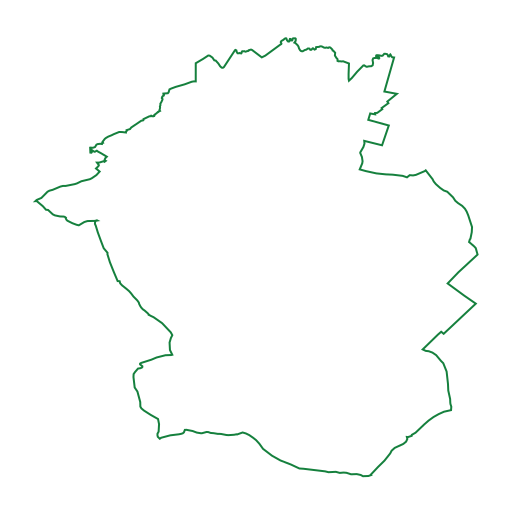 Marghita, Bihor, Romania (Natural Earth projection), rotated 181°
{"feature_id": "2599482B95989289587236", "entity_name": "Marghita", "entity_type": "district", "adm_level": 2, "iso_a3": "ROU", "parent_name": "Romania", "parent_adm1": "Bihor", "projection": "natural_earth1", "projection_center": [22.362, 47.382], "detail": "fine", "context": "isolated", "style": "outline", "palette": "green", "viewbox_px": 512, "rotation_deg": 181, "n_neighbors": 0, "source": "geoboundaries", "source_scale": "gbopen_adm2", "svg_char_len": 6039}
<svg xmlns="http://www.w3.org/2000/svg" viewBox="0 0 512 512"><g transform="rotate(181 256 256)"><path d="M264.6,462.3L266.9,461.6L267.0,461.1L267.5,460.8L268.5,460.7L269.9,460.1L270.5,460.2L271.3,460.6L272.3,460.4L273.3,460.5L273.9,459.6L273.9,458.9L274.3,458.3L275.1,458.4L276.0,458.7L276.5,458.4L278.0,458.4L278.9,459.8L279.2,461.2L280.1,461.7L280.6,461.4L291.4,444.3L292.2,443.7L293.2,443.6L293.8,443.9L295.1,445.0L297.0,447.8L299.7,450.7L301.1,450.9L303.0,453.6L305.6,455.4L306.4,455.6L307.3,455.6L312.4,452.1L319.6,447.7L319.3,429.5L321.3,429.5L323.3,429.1L330.3,426.4L339.2,423.7L343.8,421.9L345.4,421.1L346.3,418.0L347.0,417.2L351.5,416.8L351.5,416.4L350.8,415.9L350.9,415.2L351.0,414.8L351.8,414.4L352.5,413.7L352.5,413.0L352.9,412.5L352.9,412.1L352.4,411.7L352.2,411.2L352.3,410.6L353.4,408.1L354.3,406.6L354.2,405.1L354.7,403.9L354.5,403.0L354.7,401.3L355.1,400.2L354.5,399.4L355.8,398.7L356.3,398.2L356.6,398.3L358.0,396.9L360.0,395.4L360.5,394.7L360.1,394.4L360.2,394.2L360.8,394.1L361.0,393.9L361.9,393.9L363.3,394.5L363.4,394.4L363.1,394.0L365.1,393.8L370.9,390.9L370.9,390.0L371.3,389.6L373.0,389.3L383.0,382.3L384.2,380.7L387.5,379.6L387.3,379.0L388.2,378.1L388.2,377.2L392.0,377.6L395.0,377.6L400.4,375.3L402.5,374.2L405.8,372.8L408.1,371.4L409.2,370.5L411.4,367.5L410.9,366.5L411.9,366.2L412.0,365.3L413.7,365.5L416.4,365.1L417.5,364.5L418.8,362.2L420.2,361.6L421.6,361.3L423.1,361.5L423.7,361.4L423.4,356.5L422.4,356.4L422.0,356.8L422.0,358.7L421.9,359.0L419.8,357.6L419.0,357.4L417.0,358.5L415.6,357.5L413.2,356.3L406.9,352.7L408.3,351.3L409.0,349.8L409.0,349.3L408.6,348.9L407.9,348.5L409.2,347.5L410.1,348.1L413.9,346.8L415.2,346.6L416.6,346.6L414.7,344.1L415.2,343.0L417.5,340.7L413.8,337.7L417.0,334.1L421.5,330.9L423.4,329.9L431.9,327.7L436.4,325.4L438.5,324.7L447.7,322.7L450.2,322.7L452.8,322.0L460.5,318.6L463.7,317.7L465.6,316.6L471.6,310.3L476.3,308.2L477.5,307.0L476.2,307.1L469.9,302.0L466.8,298.6L464.7,298.4L459.9,294.1L457.8,293.1L452.5,292.1L449.3,292.1L447.9,291.8L446.8,291.0L447.0,290.7L446.2,289.0L445.2,288.0L440.2,285.6L436.0,284.1L433.7,283.6L428.2,287.0L425.1,288.0L417.5,288.3L415.7,288.9L415.3,288.7L416.4,288.5L417.3,287.8L417.5,286.9L417.6,285.3L416.7,283.4L414.6,276.9L411.4,268.6L408.4,261.1L404.5,256.6L404.6,255.2L402.0,247.3L398.1,238.0L393.9,228.5L391.9,228.4L391.3,226.3L389.4,224.3L384.6,220.6L382.2,218.6L380.2,216.4L377.8,213.3L374.0,209.6L373.0,208.3L372.3,207.3L372.0,206.1L370.9,204.0L369.9,202.5L368.2,200.7L366.5,199.6L363.2,196.8L362.5,196.0L362.3,195.3L361.8,195.3L360.6,194.5L357.3,193.0L348.7,187.2L339.9,178.2L338.3,175.4L339.7,172.4L340.9,168.0L340.4,160.5L338.0,155.8L339.1,155.5L344.8,155.2L353.6,152.8L358.8,150.5L368.9,147.1L370.0,146.4L370.0,145.6L367.7,143.8L367.7,143.0L368.1,142.5L369.6,141.8L372.0,141.4L375.0,137.8L376.3,135.8L376.4,132.8L375.0,122.4L372.2,118.4L369.2,108.0L369.0,103.4L367.9,101.6L365.3,99.5L358.5,95.3L351.1,91.3L350.0,86.2L350.3,78.7L351.4,76.6L351.4,75.0L351.0,73.5L349.0,71.6L347.7,72.6L338.6,75.2L329.9,76.4L327.3,77.0L326.0,77.5L325.0,78.4L324.1,80.9L322.5,81.0L316.3,79.9L312.1,78.4L307.8,77.8L306.8,77.9L302.3,79.2L300.6,79.1L298.3,78.3L295.2,78.1L291.2,77.5L288.1,77.5L282.4,76.5L280.4,76.4L274.6,76.9L272.4,77.4L271.9,77.2L266.3,79.3L263.0,78.4L259.6,76.8L255.7,74.2L252.7,71.9L249.4,68.4L245.6,63.3L236.5,56.6L228.0,52.0L217.4,48.1L208.9,44.3L204.8,44.1L183.2,41.9L179.7,41.1L172.4,41.6L168.5,40.6L164.6,41.0L161.7,40.8L157.1,39.4L151.5,39.7L147.5,38.9L145.2,37.7L139.8,38.0L137.0,39.0L137.3,39.5L130.2,47.3L124.0,53.6L118.4,60.9L117.0,63.7L113.9,66.6L105.4,70.7L102.7,73.0L101.5,75.7L102.0,77.7L100.9,77.6L97.2,78.9L97.1,79.9L93.4,82.1L84.7,90.7L80.5,94.5L75.7,98.1L70.6,101.1L65.3,103.6L58.3,105.3L58.1,108.7L59.0,111.4L59.2,112.9L59.4,116.4L61.4,124.8L61.8,131.3L63.4,143.8L66.9,152.1L69.2,154.3L74.1,160.0L77.9,162.5L81.6,163.8L84.6,164.1L87.7,165.5L72.7,180.6L69.5,183.5L67.0,181.5L35.4,212.2L47.1,220.0L63.9,231.9L53.3,243.3L34.5,261.3L36.4,267.7L38.0,269.4L43.2,273.7L42.5,276.3L41.9,277.0L40.7,283.5L40.5,288.7L44.5,300.3L46.1,304.0L47.9,306.9L50.7,309.7L54.9,312.4L57.7,314.7L60.0,318.1L65.9,323.6L69.4,324.8L73.1,327.3L77.4,331.0L79.6,333.6L80.8,335.9L87.8,344.6L88.6,343.9L97.5,339.9L100.4,339.3L103.7,339.5L106.4,337.3L110.8,338.7L120.8,339.7L127.8,339.9L137.1,340.7L147.6,342.8L153.8,344.4L151.4,350.5L151.1,352.6L151.8,356.8L153.6,360.9L153.5,361.5L150.5,366.9L149.5,370.3L149.8,373.0L131.9,368.9L125.5,388.8L146.1,394.1L144.3,400.5L139.3,399.7L139.5,401.0L137.3,401.2L132.3,405.0L133.0,406.1L126.3,411.1L127.4,412.7L118.0,420.6L130.5,422.7L121.4,456.9L123.3,457.1L123.8,457.6L124.8,459.0L124.9,459.6L125.2,459.9L125.7,459.2L126.3,457.8L127.3,457.9L127.8,459.3L128.5,460.1L130.1,460.4L131.3,460.4L132.9,458.5L134.1,458.3L136.5,458.8L138.3,458.9L139.1,458.8L139.4,458.3L139.4,458.0L137.8,457.8L137.0,457.4L136.4,456.6L136.2,456.0L136.6,455.5L138.8,456.2L141.2,456.0L142.3,455.6L142.9,454.0L142.3,451.0L142.7,448.7L144.0,447.8L146.5,447.6L148.5,447.1L149.6,447.5L151.1,448.5L152.0,448.4L158.0,442.1L163.4,435.5L166.1,432.9L166.5,434.7L166.6,439.7L166.4,450.1L172.3,452.2L173.9,452.0L175.4,452.2L177.0,452.1L177.9,452.5L177.9,454.1L178.2,454.6L178.9,455.2L180.6,457.8L180.4,460.6L182.1,462.4L183.0,462.8L183.2,463.7L185.2,465.6L185.8,465.9L186.6,465.9L187.5,465.3L189.1,465.7L190.2,465.4L191.5,465.5L193.7,466.6L194.7,466.8L195.7,466.7L196.6,466.2L199.5,465.9L199.9,463.9L201.1,463.4L202.4,464.6L203.0,464.6L204.2,463.2L205.3,463.1L206.2,464.3L207.7,464.4L209.3,463.2L210.8,462.8L212.9,461.5L213.7,461.5L214.7,461.8L215.5,462.5L216.6,464.3L217.2,466.2L218.0,467.4L220.3,469.6L221.3,470.0L220.1,471.8L220.0,473.3L220.1,474.0L220.5,474.3L222.7,474.3L223.2,473.6L223.5,472.2L224.0,472.1L224.4,472.2L225.2,473.6L225.9,473.6L226.2,472.8L226.2,471.5L226.7,471.0L227.6,471.0L228.7,472.1L229.5,474.1L230.1,474.2L231.1,473.8L232.4,472.6L234.1,471.6L234.7,471.0L235.0,470.3L234.3,468.9L234.4,468.4L234.6,468.2L235.1,468.0L250.2,456.5L253.7,454.7L263.5,461.9L264.6,462.3Z" fill="none" stroke="#15803d" stroke-width="2"/></g></svg>